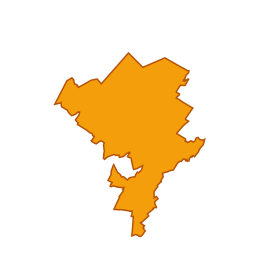 Īslīces pag., Bauska, Latvia (Natural Earth projection), rotated 128°
{"feature_id": "27541924B75327905371768", "entity_name": "Īslīces pag.", "entity_type": "district", "adm_level": 2, "iso_a3": "LVA", "parent_name": "Latvia", "parent_adm1": "Bauska", "projection": "natural_earth1", "projection_center": [24.139, 56.325], "detail": "fine", "context": "isolated", "style": "filled", "palette": "amber", "viewbox_px": 256, "rotation_deg": 128, "n_neighbors": 0, "source": "geoboundaries", "source_scale": "gbopen_adm2", "svg_char_len": 5253}
<svg xmlns="http://www.w3.org/2000/svg" viewBox="0 0 256 256"><g transform="rotate(128 128 128)"><path d="M210.7,58.5L210.3,58.2L210.1,58.0L209.6,57.8L208.8,57.4L207.7,56.7L207.3,56.3L206.9,55.8L206.9,55.6L206.8,55.3L206.8,55.0L206.7,54.8L206.8,54.6L206.5,54.0L206.5,53.7L206.6,53.3L206.6,52.7L206.3,52.1L206.0,51.7L205.6,51.4L204.8,51.0L204.2,50.9L202.5,50.8L201.9,50.9L201.3,50.9L200.8,50.9L200.0,51.0L198.4,51.0L198.1,53.0L197.7,54.2L197.2,54.1L196.9,54.0L196.5,55.1L194.9,54.8L195.1,57.8L195.1,58.9L195.0,60.7L194.9,59.1L192.8,59.0L189.7,58.4L188.9,58.3L188.3,58.2L185.4,57.6L185.2,57.6L184.6,57.5L183.8,59.8L182.1,59.5L176.0,58.1L175.8,58.7L172.9,57.3L173.2,56.8L172.9,56.8L172.2,58.0L171.8,59.2L171.6,59.5L169.8,61.5L165.2,60.8L164.8,62.4L164.8,62.5L164.7,62.9L164.6,63.6L167.0,64.4L162.2,68.2L160.5,68.3L160.4,68.4L157.4,68.5L157.2,68.5L156.3,68.4L155.5,68.7L155.4,69.3L155.2,69.4L154.4,69.6L153.8,69.4L151.9,69.1L151.4,69.2L151.1,69.2L150.8,69.0L149.8,68.6L149.7,68.7L149.7,69.5L144.5,70.4L142.5,73.0L142.0,72.7L139.7,71.1L138.7,70.5L138.7,70.2L136.7,69.1L136.2,69.0L133.2,66.4L132.5,66.5L132.0,66.6L128.7,66.9L126.6,67.2L124.5,67.3L122.1,66.5L121.7,65.5L118.6,65.2L118.5,65.3L117.7,64.3L117.7,64.2L117.5,63.6L117.6,63.4L118.3,62.6L116.7,62.2L117.8,61.0L116.6,59.8L116.5,59.7L114.2,60.8L111.4,60.8L111.4,60.3L111.6,59.7L109.8,59.9L109.6,57.9L103.9,57.8L99.7,58.7L95.4,58.4L95.0,58.4L92.2,59.5L90.2,60.4L89.9,60.6L89.7,60.7L90.2,60.9L91.2,61.4L91.6,61.7L91.8,61.8L92.0,62.4L93.0,64.9L93.0,65.1L92.9,65.4L92.4,66.0L92.3,66.3L92.2,66.7L92.2,66.9L92.4,67.1L93.5,67.9L93.7,68.0L94.1,68.0L94.5,68.0L96.5,67.4L97.0,67.3L97.5,67.3L98.8,67.9L99.0,68.1L99.0,68.3L99.0,69.7L99.0,69.9L99.1,70.1L99.4,70.5L99.9,70.8L102.7,72.1L102.8,72.2L102.9,72.3L102.9,72.6L102.4,73.4L102.4,73.7L102.5,73.9L103.2,75.0L101.6,75.6L101.5,75.8L101.3,76.0L101.2,76.3L101.3,76.5L102.4,86.0L102.2,86.4L92.7,85.9L90.7,85.6L89.5,85.4L88.5,85.1L86.7,84.7L85.3,84.4L85.3,84.6L85.8,87.7L85.8,87.8L85.4,88.3L85.1,88.5L84.8,88.6L84.2,88.5L72.4,89.2L73.9,100.8L74.1,105.1L74.3,105.9L74.3,106.0L74.5,108.5L74.2,108.7L70.1,107.9L69.7,108.2L69.5,108.4L70.0,111.6L69.5,112.4L61.9,113.1L61.8,112.6L59.4,109.2L55.6,109.8L51.7,110.4L52.0,110.5L52.5,111.0L54.2,111.5L54.3,111.5L54.7,112.1L56.3,112.1L56.7,113.5L56.3,113.6L55.9,113.7L54.9,113.6L53.7,113.7L52.3,114.2L52.2,114.2L50.7,114.7L47.3,114.3L46.8,114.5L45.3,115.3L46.3,116.8L46.4,117.0L46.5,119.3L47.1,122.6L48.0,127.9L48.7,133.1L49.0,135.0L50.0,142.1L53.3,143.9L71.1,153.7L68.6,173.8L89.4,175.0L95.3,175.4L102.7,175.8L109.7,176.2L109.6,176.4L109.6,176.5L108.7,181.1L108.4,182.2L108.4,182.5L113.1,186.5L118.5,188.7L126.4,192.0L125.9,193.0L126.2,193.2L126.3,193.3L126.4,193.6L126.4,193.8L125.9,193.9L125.7,194.0L125.4,194.9L125.4,195.2L125.5,195.3L125.7,195.9L125.6,196.1L126.3,197.0L124.5,199.8L124.1,199.8L123.9,199.9L123.6,200.2L123.5,200.4L123.6,200.6L123.1,201.7L123.3,202.2L123.0,203.1L126.1,204.3L128.4,205.2L128.7,205.1L130.1,204.9L134.3,204.1L149.6,201.2L154.4,200.3L152.8,199.0L149.6,196.4L149.2,196.3L150.3,195.5L152.1,193.4L151.8,190.6L151.3,186.6L152.2,185.0L152.3,184.6L152.7,182.9L152.9,181.2L152.9,179.9L149.8,178.0L148.3,177.6L148.2,177.7L145.9,177.1L145.9,176.6L145.3,176.1L145.2,176.0L145.3,175.9L145.5,175.8L147.5,174.8L147.7,174.7L149.7,174.6L154.0,174.4L154.4,172.7L154.7,170.4L154.8,170.3L156.3,170.0L155.6,163.3L155.3,160.9L155.1,158.6L155.2,158.4L155.2,154.7L154.4,153.2L154.4,152.9L154.6,152.5L154.9,151.9L155.8,151.2L155.3,149.4L159.1,148.9L159.3,148.9L159.8,148.9L160.5,149.3L160.9,148.4L160.9,147.6L160.6,145.3L160.1,143.3L157.1,142.5L156.8,142.4L154.7,141.3L154.5,141.2L154.4,139.7L154.3,137.6L156.1,137.0L159.1,134.2L160.8,132.4L164.1,130.7L164.6,130.0L164.7,129.9L165.4,129.7L165.6,129.6L167.1,128.5L167.2,127.2L163.4,126.4L163.0,126.2L161.8,125.4L157.6,122.8L157.4,122.7L157.3,122.0L157.2,120.9L155.8,119.4L155.1,118.5L155.2,118.3L155.2,118.1L156.4,117.0L156.4,116.9L156.4,116.7L155.7,116.0L153.6,114.3L153.1,114.1L152.2,113.8L148.9,113.4L148.5,113.3L148.4,113.2L148.1,112.6L147.9,112.4L146.4,112.2L146.2,112.1L146.1,111.6L146.1,111.4L150.6,111.0L150.9,109.7L150.7,109.2L149.6,107.4L152.4,104.1L154.1,102.1L157.3,98.1L154.8,96.1L148.6,93.3L148.8,93.2L151.9,91.8L152.9,91.6L153.5,91.6L156.8,92.0L157.0,93.5L160.3,93.1L162.2,92.5L163.3,93.7L166.3,96.2L169.3,96.4L169.3,96.5L169.1,101.6L170.1,102.3L170.3,102.7L170.5,103.3L169.7,104.4L169.5,105.7L169.4,106.6L169.4,108.2L169.3,109.2L166.3,115.4L165.6,116.7L166.0,116.7L166.7,116.5L169.6,115.6L172.7,114.5L172.6,114.3L174.1,113.3L175.8,112.5L177.3,112.3L177.7,112.1L181.6,111.5L181.5,110.8L180.8,106.9L183.1,106.8L183.5,106.7L184.9,106.2L184.8,105.8L184.7,105.7L184.7,105.3L184.7,105.2L182.9,104.2L181.8,101.9L181.4,100.9L181.0,100.2L180.9,99.9L181.0,99.9L178.9,96.4L177.4,94.5L179.8,94.3L179.6,93.7L181.0,92.9L183.9,92.9L185.7,92.7L185.7,92.8L187.5,92.8L187.6,92.5L187.7,92.0L188.3,92.0L189.8,91.6L193.0,90.9L194.5,90.5L200.8,89.0L200.5,88.2L199.5,87.3L199.3,86.8L197.6,84.1L196.8,83.4L196.1,82.4L195.0,80.3L193.1,77.0L192.6,76.0L192.6,75.9L192.6,75.5L190.9,73.5L194.7,71.1L195.0,71.4L195.7,71.0L194.5,69.3L197.4,67.3L197.6,67.1L200.5,65.3L202.1,64.1L208.7,59.8L209.0,59.7L209.3,59.5L210.7,58.5Z" fill="#f59e0b" stroke="#b45309" stroke-width="1.5"/></g></svg>